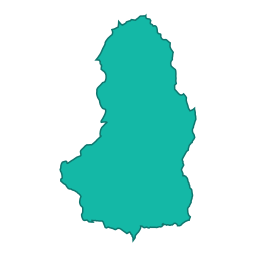 Yacuambi, Zamora Chinchipe, Ecuador (Natural Earth projection)
{"feature_id": "8360857B31068945551304", "entity_name": "Yacuambi", "entity_type": "district", "adm_level": 2, "iso_a3": "ECU", "parent_name": "Ecuador", "parent_adm1": "Zamora Chinchipe", "projection": "natural_earth1", "projection_center": [-78.966, -3.587], "detail": "fine", "context": "isolated", "style": "filled", "palette": "teal", "viewbox_px": 256, "rotation_deg": 0, "n_neighbors": 0, "source": "geoboundaries", "source_scale": "gbopen_adm2", "svg_char_len": 5739}
<svg xmlns="http://www.w3.org/2000/svg" viewBox="0 0 256 256"><path d="M145.8,15.4L145.5,15.7L144.9,15.9L140.4,16.1L139.6,16.6L138.7,17.6L138.2,17.9L137.5,18.7L136.5,19.1L135.6,20.2L135.4,20.2L134.6,20.0L134.2,20.1L133.1,19.8L131.3,19.6L130.7,20.4L130.2,20.8L129.0,21.0L127.9,21.5L127.4,21.5L126.9,21.7L126.3,22.1L125.8,23.1L125.4,23.4L125.0,23.6L123.9,24.3L123.1,24.5L123.0,24.8L122.5,24.8L122.4,25.0L122.0,24.9L120.8,24.0L118.7,21.5L118.6,23.6L118.2,27.0L114.3,29.0L111.9,29.6L112.7,32.0L112.6,33.0L112.2,34.6L110.4,36.1L108.2,38.1L107.3,39.2L106.0,41.0L105.4,42.1L105.2,42.7L105.1,44.0L104.6,45.2L102.8,48.6L101.1,52.5L99.6,55.2L99.4,55.3L97.9,57.6L96.0,59.9L96.9,59.9L99.2,60.1L99.7,61.0L100.2,61.3L100.3,61.6L100.1,62.7L100.3,63.8L101.3,64.8L101.5,65.3L101.3,65.8L101.6,66.3L101.3,67.4L101.3,68.4L101.1,69.1L101.7,69.7L102.7,70.4L103.0,70.8L103.9,71.3L104.7,72.2L105.6,73.7L106.1,75.5L106.1,78.1L105.8,79.5L105.1,81.5L104.2,82.2L103.3,82.4L102.6,82.7L100.5,85.1L98.7,86.8L97.5,88.2L96.9,89.6L96.9,91.3L96.7,93.3L96.9,94.8L97.3,96.2L97.8,97.6L99.5,100.4L99.8,102.5L100.3,104.4L101.2,106.4L102.5,108.2L103.3,108.7L105.0,109.1L105.6,109.7L105.7,111.6L105.3,113.3L104.6,115.0L104.1,116.0L103.4,117.3L102.9,118.3L101.2,121.0L101.1,121.5L101.2,122.2L101.4,122.3L101.8,122.3L102.2,122.1L105.5,121.9L106.6,122.1L106.8,122.2L106.9,122.5L104.9,124.2L104.2,125.1L102.2,127.1L101.7,127.7L100.8,129.6L100.4,131.2L100.1,133.6L100.3,135.7L100.9,135.8L101.0,136.0L100.7,136.7L100.0,137.1L96.8,140.1L96.2,140.9L94.0,142.9L91.9,144.6L91.4,144.8L90.4,144.7L88.9,144.9L87.1,144.9L86.5,145.0L86.2,145.4L85.5,145.7L83.5,147.8L81.5,149.7L80.9,150.5L80.5,151.3L80.5,152.2L80.9,154.3L80.9,155.2L80.7,155.7L80.5,155.9L76.9,157.2L74.2,159.0L73.6,159.5L71.7,160.6L68.0,163.1L67.6,163.3L67.2,163.3L67.0,163.0L66.7,161.7L66.2,161.3L65.9,161.2L64.1,161.6L62.4,162.2L61.6,163.5L61.2,164.7L60.9,165.8L60.8,167.9L60.2,169.5L60.6,171.2L61.3,172.4L61.8,174.0L62.1,175.8L62.2,178.1L60.9,179.1L60.8,179.6L60.8,181.0L63.1,183.1L64.2,183.9L65.6,184.6L66.7,186.5L68.3,188.5L69.4,188.9L71.2,189.1L71.8,189.6L72.9,190.1L74.6,190.6L75.5,191.3L77.1,192.2L78.1,193.3L79.2,194.0L80.1,195.0L81.0,196.5L80.7,197.2L80.1,198.9L79.7,201.7L79.7,202.5L80.0,203.8L80.7,205.5L82.2,206.9L82.7,207.7L82.8,209.8L82.7,212.1L82.6,212.6L82.3,213.3L81.8,214.1L81.6,214.7L81.6,215.1L81.9,216.8L82.2,217.7L82.8,219.1L83.2,219.8L84.0,220.3L84.4,220.4L85.5,220.3L86.2,220.1L87.2,220.2L87.8,220.7L88.7,221.7L88.9,221.8L90.8,222.0L93.0,222.1L92.0,220.8L92.0,220.4L93.8,220.6L95.6,220.5L96.3,220.8L97.0,220.7L99.8,221.0L102.0,221.0L102.5,221.3L103.3,222.2L103.7,223.6L104.6,225.7L105.2,227.4L106.3,227.9L106.5,227.9L108.1,227.1L108.4,227.1L109.6,227.6L113.2,228.6L114.4,229.3L115.1,229.5L115.7,229.5L117.7,228.3L118.4,228.3L119.4,228.4L120.3,228.7L126.9,233.5L127.2,233.4L127.6,233.0L128.2,232.8L128.4,232.6L128.7,232.6L129.3,232.0L129.8,232.0L130.2,232.5L130.9,233.7L131.1,234.3L131.9,234.8L132.1,236.2L132.5,236.7L132.7,237.2L133.1,237.8L133.0,239.2L133.1,240.6L135.1,237.8L135.2,236.0L135.6,235.2L137.3,233.1L138.5,231.9L139.8,229.8L140.5,228.3L140.8,227.3L140.6,226.1L142.0,226.2L142.6,226.6L143.0,227.1L143.4,227.4L144.5,227.7L146.6,227.1L146.9,227.2L148.1,227.8L148.6,227.9L149.2,227.9L150.4,227.1L151.1,227.3L155.2,227.3L156.8,227.5L159.4,226.7L160.7,226.9L161.1,226.7L161.7,226.6L162.0,226.2L162.7,225.6L162.9,225.1L163.1,225.0L162.4,224.3L163.1,223.7L163.5,224.1L164.1,224.4L165.7,224.6L166.1,224.7L166.6,225.1L167.5,224.7L170.0,225.3L170.9,224.9L172.3,224.9L174.2,223.3L175.5,223.3L176.7,224.1L177.1,224.4L177.4,224.9L177.5,225.7L179.7,225.7L180.8,225.2L181.4,224.7L182.3,223.6L185.1,221.6L186.8,220.8L188.4,220.2L189.2,220.2L189.6,218.6L190.2,217.2L190.3,216.8L189.5,216.1L188.8,215.4L188.1,213.6L187.8,212.3L187.6,208.7L188.2,207.4L189.4,206.1L189.6,205.2L191.1,202.4L191.1,200.7L191.4,200.1L192.0,198.2L192.1,196.9L192.5,196.0L192.5,194.9L192.2,193.7L191.7,189.9L191.3,189.1L190.6,188.7L189.9,187.8L189.7,186.9L189.6,185.5L189.4,185.0L189.0,184.5L189.0,183.7L188.8,182.8L188.2,182.0L187.8,180.5L187.6,179.2L187.1,178.0L186.5,177.5L185.7,176.3L185.0,176.2L184.0,175.5L183.5,175.6L183.1,175.9L182.9,175.6L182.9,173.5L182.6,172.7L181.6,170.5L181.5,169.4L182.2,167.8L183.7,165.1L183.4,164.0L182.9,163.4L183.0,161.7L182.8,161.2L182.4,160.7L182.3,159.3L182.6,158.5L186.2,152.0L186.6,151.4L188.3,150.1L188.3,148.7L189.2,145.6L189.8,144.6L190.8,143.6L191.4,142.7L192.1,142.5L192.5,140.9L193.7,139.4L194.4,138.1L194.7,137.4L194.0,134.7L192.7,132.5L192.5,131.5L192.4,130.3L192.5,129.0L193.4,127.4L193.5,126.2L193.8,125.2L194.4,123.6L194.9,121.6L195.8,119.5L195.8,118.6L195.7,117.7L195.7,116.8L195.5,115.7L195.2,114.5L195.2,112.4L194.7,109.9L194.5,109.4L194.5,108.3L193.1,109.5L192.2,110.0L190.0,110.8L188.9,109.0L188.3,107.7L187.8,105.5L186.7,102.4L186.2,100.1L186.4,97.7L185.6,96.3L183.6,93.9L183.1,94.4L181.6,95.0L181.1,95.1L179.7,94.6L179.2,94.2L178.0,93.0L175.5,90.1L175.0,89.7L174.7,89.2L174.6,85.4L175.3,84.5L176.3,83.6L176.3,83.4L175.9,81.9L175.8,80.4L176.0,78.3L175.8,76.2L175.9,74.0L175.8,71.8L175.6,70.3L175.3,69.6L173.2,67.9L171.4,66.3L171.0,65.5L170.8,64.4L170.7,63.0L170.9,61.9L171.2,61.1L172.2,59.8L172.4,59.1L172.2,58.0L172.5,56.9L172.8,53.7L173.2,52.2L172.8,51.8L171.9,50.4L171.1,49.3L170.6,48.3L170.1,47.0L170.0,46.2L170.0,45.6L170.2,42.9L169.1,42.2L166.5,39.9L165.7,39.6L164.5,39.7L163.1,39.6L162.6,39.4L161.7,38.6L160.9,37.2L160.8,36.6L160.8,34.9L160.6,34.2L160.2,34.0L159.1,33.8L158.5,33.6L157.4,32.4L157.1,29.1L156.7,27.5L156.3,26.8L155.8,26.2L155.0,25.8L154.3,25.8L153.2,26.1L152.4,24.8L152.1,24.6L151.7,24.3L150.6,23.9L150.4,23.7L150.3,22.5L150.7,20.6L149.7,19.1L147.3,18.7L146.5,18.3L146.1,18.0L145.8,17.0L145.8,15.4Z" fill="#14b8a6" stroke="#0f766e" stroke-width="1.5"/></svg>